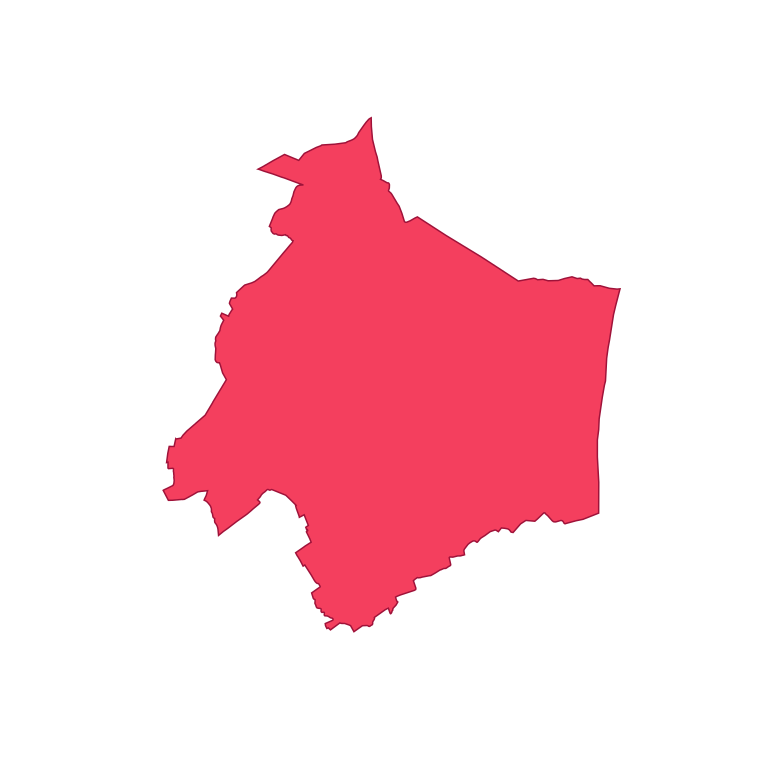 outline of Chau Thanh, Hau Giang, Vietnam, rotated 46°
{"feature_id": "81297802B83209776142835", "entity_name": "Chau Thanh", "entity_type": "district", "adm_level": 2, "iso_a3": "VNM", "parent_name": "Vietnam", "parent_adm1": "Hau Giang", "projection": "equal_earth", "projection_center": [105.811, 9.921], "detail": "fine", "context": "isolated", "style": "filled", "palette": "rose", "viewbox_px": 768, "rotation_deg": 46, "n_neighbors": 0, "source": "geoboundaries", "source_scale": "gbopen_adm2", "svg_char_len": 6158}
<svg xmlns="http://www.w3.org/2000/svg" viewBox="0 0 768 768"><g transform="rotate(46 384 384)"><path d="M183.6,208.3L183.1,210.1L183.0,211.2L183.3,215.0L183.9,218.7L185.5,227.1L185.9,228.4L186.5,229.9L186.8,231.6L186.9,233.8L186.8,235.4L186.4,236.8L185.9,238.3L184.6,241.3L184.1,242.6L183.9,243.9L177.4,252.7L168.9,262.7L168.8,263.1L168.8,263.8L166.8,268.4L162.8,281.1L163.9,290.0L149.8,296.1L146.3,308.7L143.3,320.9L142.0,325.3L143.0,324.7L147.9,322.3L156.0,317.9L164.0,314.0L166.3,312.7L180.3,306.0L184.9,303.7L184.3,304.3L182.2,306.9L181.6,308.3L181.4,309.8L181.6,311.1L182.4,313.3L183.2,315.3L185.3,318.6L186.7,321.6L188.0,323.6L188.7,325.1L189.2,326.7L189.2,328.2L188.9,330.7L188.2,333.4L187.5,334.9L185.4,338.6L185.2,341.7L185.3,343.9L186.7,347.6L187.7,349.6L191.0,357.0L192.4,356.7L193.4,356.7L194.2,357.7L195.0,358.4L196.1,359.0L196.9,359.0L198.5,359.2L199.3,359.0L200.1,358.6L200.7,357.7L201.5,357.1L202.2,357.1L203.3,356.7L206.2,354.3L208.2,351.1L209.1,351.3L209.5,351.1L209.8,350.7L210.3,350.4L212.4,350.7L214.2,350.0L216.2,350.4L217.3,350.2L217.7,349.9L218.5,351.4L218.8,355.3L219.4,360.7L219.8,365.1L222.5,389.7L222.5,391.2L222.0,395.4L221.5,397.6L221.0,402.1L220.5,405.7L219.4,408.8L216.1,415.4L216.0,416.6L215.8,426.6L217.7,428.0L218.5,429.2L218.9,430.6L218.6,431.7L216.2,434.1L217.5,437.3L218.5,439.1L219.7,439.5L223.3,440.4L225.0,440.9L225.1,442.0L226.3,446.8L226.6,447.6L227.3,448.7L220.4,451.5L221.5,454.5L226.8,455.0L228.3,459.5L228.9,460.9L229.8,462.5L231.6,465.0L232.5,468.4L232.9,470.5L233.4,472.5L234.2,473.5L235.1,474.4L236.1,475.0L237.1,476.9L237.7,477.6L239.1,478.8L241.7,480.4L244.6,483.6L245.8,485.0L249.3,488.6L250.9,489.2L252.4,489.2L253.7,488.4L254.4,487.6L256.7,488.6L263.9,492.4L271.4,494.4L278.1,519.6L278.4,520.3L282.2,534.3L280.9,558.5L281.2,564.1L281.9,567.6L279.3,571.5L278.9,571.8L278.7,571.8L283.1,578.4L279.7,581.9L283.7,587.7L289.5,595.0L290.2,593.7L294.4,597.8L295.2,597.8L298.0,594.4L298.7,594.3L300.7,596.3L301.3,596.6L303.1,598.1L304.5,599.1L304.9,599.8L307.6,601.9L308.9,603.4L309.8,604.6L310.4,606.3L308.4,612.6L307.3,615.8L307.1,616.7L317.9,619.9L320.7,616.9L326.7,609.5L326.9,609.4L328.3,607.7L330.8,598.8L332.2,593.0L334.1,590.2L338.2,585.0L340.7,589.3L342.1,593.1L342.6,594.1L344.1,593.5L345.6,593.2L347.5,593.2L350.8,593.5L353.1,594.4L353.8,594.8L354.7,595.6L356.0,596.9L357.5,597.3L358.4,597.7L360.1,598.9L361.2,599.5L362.0,599.5L362.8,599.4L363.1,599.2L364.3,600.5L365.0,601.1L365.8,601.7L366.4,601.9L368.6,602.2L370.0,602.6L371.5,603.3L372.7,604.0L374.0,605.0L378.0,608.2L378.5,602.0L379.3,596.7L380.6,585.2L382.2,574.8L382.5,572.5L382.8,567.6L382.9,564.7L383.4,558.0L383.4,556.4L383.2,555.7L382.8,555.4L382.0,555.2L379.5,555.5L379.1,551.0L378.7,549.9L378.5,548.5L378.5,546.7L378.8,544.3L378.8,541.6L379.1,540.9L379.4,540.6L380.8,540.1L381.2,539.7L381.7,538.4L382.0,538.0L395.8,531.9L403.7,531.6L410.2,531.5L410.1,532.1L412.4,533.4L415.7,534.9L420.0,536.8L421.1,537.5L422.6,532.3L433.2,536.7L432.7,539.8L435.2,540.9L435.5,540.2L436.5,540.8L436.4,542.5L443.8,544.9L447.2,546.3L445.8,553.2L445.4,556.1L444.0,564.8L447.4,565.8L447.9,565.8L453.1,567.0L458.8,568.7L459.2,566.7L470.7,569.0L476.8,570.5L478.5,570.8L479.9,570.8L481.0,570.6L482.1,569.8L482.5,569.8L484.8,570.4L485.4,570.6L485.6,571.0L485.0,574.7L484.0,581.2L489.1,583.8L489.9,583.9L490.6,583.5L491.2,583.4L492.5,584.6L493.0,585.1L493.5,585.8L494.1,586.2L494.8,586.4L495.9,586.8L497.2,587.5L497.8,587.6L498.6,587.7L500.0,586.8L501.1,585.8L501.7,585.6L502.3,585.6L503.7,587.1L504.5,587.4L505.2,587.3L506.0,586.2L506.6,585.7L507.1,585.8L508.7,587.5L509.6,587.6L511.5,585.9L513.1,585.3L514.2,585.1L515.2,584.8L516.5,583.9L517.1,583.8L517.7,584.0L518.2,584.4L518.3,585.1L515.5,592.7L517.0,593.8L517.9,594.2L520.2,594.9L520.7,593.5L523.7,593.3L525.2,581.7L526.1,581.3L526.9,580.7L529.0,578.6L533.1,576.5L534.6,575.9L541.3,577.7L542.2,571.7L542.9,567.4L545.9,564.0L546.5,563.6L547.7,563.3L548.4,562.7L548.7,560.7L549.0,559.8L548.7,558.8L547.6,557.8L547.1,556.8L546.6,554.8L546.0,553.6L545.2,553.1L547.2,540.0L547.8,537.9L548.3,536.6L553.0,538.8L553.7,538.9L553.9,538.8L553.9,537.8L553.5,536.8L553.0,536.1L552.7,534.6L552.0,534.1L551.6,532.9L551.4,528.9L550.4,525.5L549.3,525.6L548.1,525.2L546.3,524.3L545.3,523.7L545.8,522.0L547.2,518.6L553.5,505.6L553.9,504.0L553.0,502.9L545.9,499.5L546.0,497.1L546.4,494.5L547.3,493.9L548.6,492.3L549.4,490.7L553.3,484.7L554.3,483.4L555.5,478.7L556.8,472.5L557.1,472.3L558.2,469.2L559.3,468.0L559.7,467.2L560.2,464.2L560.7,462.5L560.5,461.7L560.0,461.3L555.4,458.5L554.2,457.7L554.1,457.2L554.3,456.7L556.4,454.7L558.9,450.4L560.5,448.7L560.7,448.3L561.0,448.1L561.3,447.3L562.2,445.9L562.8,444.7L559.4,442.4L558.8,441.4L558.6,440.8L557.7,435.0L557.9,432.6L558.6,429.5L559.1,428.5L559.9,427.8L560.5,427.5L562.2,427.2L562.6,426.8L562.6,425.8L562.1,422.0L562.3,420.5L563.1,416.7L564.0,410.0L564.2,409.7L566.1,405.7L566.9,405.0L569.7,404.3L569.1,399.6L571.4,397.6L574.2,395.6L575.6,395.2L577.2,395.2L578.4,395.5L578.9,395.4L580.5,394.3L579.5,382.9L580.7,376.7L587.5,370.8L587.7,367.3L587.7,358.7L588.4,357.8L589.3,358.0L592.5,357.7L599.0,358.0L599.9,357.9L600.6,357.8L601.2,357.5L602.2,356.6L602.7,355.9L604.5,352.5L604.9,351.7L605.6,351.1L606.2,350.8L606.8,350.7L607.5,350.7L609.3,351.2L610.3,350.9L611.1,349.3L615.8,340.8L619.6,334.8L626.0,319.3L603.9,297.8L584.7,281.2L572.4,269.3L566.0,261.3L558.6,253.5L545.2,236.2L538.0,226.3L535.7,222.6L520.2,206.0L513.5,197.5L509.3,191.6L493.6,170.8L488.6,163.0L487.2,160.7L479.5,148.1L477.7,150.4L471.7,155.4L463.4,160.3L459.3,164.7L455.2,164.7L453.5,164.8L450.4,164.8L448.3,167.0L446.3,168.5L444.3,169.2L442.3,171.8L437.5,174.3L433.5,180.9L430.6,186.7L423.8,194.2L419.2,196.9L415.7,201.1L413.5,201.8L411.9,202.9L403.2,215.9L360.4,225.7L320.2,236.2L287.0,243.9L286.1,246.5L284.8,251.7L283.4,255.3L282.6,256.2L281.4,256.5L273.7,252.6L266.6,249.6L263.2,249.0L253.0,246.6L251.3,246.4L248.4,246.7L248.0,246.4L246.8,244.1L244.5,241.7L243.8,241.3L243.0,241.1L242.5,241.1L241.4,242.0L240.4,242.3L237.6,243.1L234.3,244.3L233.9,242.8L232.4,241.4L218.9,233.2L216.0,231.3L211.0,228.8L200.1,222.4L190.1,214.3L183.6,208.3Z" fill="#f43f5e" stroke="#9f1239" stroke-width="1.5"/></g></svg>